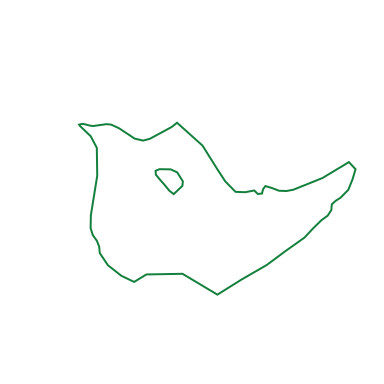 outline of Şəki, rotated 302°
{"feature_id": "AZE-1727", "entity_name": "Şəki", "entity_type": "District", "adm_level": 1, "iso_a3": "AZE", "parent_name": "Azerbaijan", "parent_adm1": "", "projection": "natural_earth1", "projection_center": [47.21, 41.124], "detail": "fine", "context": "isolated", "style": "outline", "palette": "green", "viewbox_px": 384, "rotation_deg": 302, "n_neighbors": 0, "source": "natural_earth", "source_scale": "10m", "svg_char_len": 1061}
<svg xmlns="http://www.w3.org/2000/svg" viewBox="0 0 384 384"><g transform="rotate(302 192 192)"><path d="M189.3,60.6L191.6,62.7L192.9,65.9L193.9,69.4L195.4,73.0L204.2,83.5L206.3,87.7L207.4,96.4L206.9,115.1L209.7,123.3L214.7,128.0L236.3,140.3L242.8,142.6L240.3,157.1L236.9,176.4L230.9,188.7L224.9,201.1L218.7,214.4L215.2,228.8L220.0,237.2L226.3,244.0L225.2,248.8L227.8,252.2L231.9,250.8L235.9,251.1L237.7,257.5L239.2,265.2L242.9,271.6L247.7,276.8L273.1,295.3L300.5,309.2L298.0,318.6L287.9,321.4L276.7,323.4L265.9,321.0L260.9,318.6L255.8,317.1L253.0,318.4L250.7,319.7L243.8,319.6L236.7,316.7L225.0,313.9L213.1,311.6L191.5,302.6L169.8,294.1L144.2,280.5L118.4,267.9L117.6,227.3L97.9,197.0L85.1,190.6L83.5,176.7L85.3,159.6L91.3,146.2L96.5,142.2L100.2,137.2L102.9,130.7L107.6,125.2L118.6,118.6L130.2,113.7L155.6,103.0L179.0,87.9L185.6,76.6L188.6,62.2L189.3,60.6ZM192.1,180.6L196.2,178.6L200.8,169.1L199.9,161.9L194.1,152.3L190.7,149.9L187.5,152.2L185.6,158.0L183.6,164.7L181.1,172.1L180.5,177.6L192.1,180.6Z" fill="none" stroke="#15803d" stroke-width="2"/></g></svg>